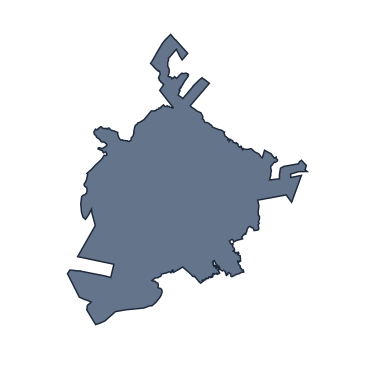 outline of Ixtapa, Chiapas, Mexico, rotated 192°
{"feature_id": "50627088B8199998270425", "entity_name": "Ixtapa", "entity_type": "district", "adm_level": 2, "iso_a3": "MEX", "parent_name": "Mexico", "parent_adm1": "Chiapas", "projection": "natural_earth1", "projection_center": [-92.894, 16.808], "detail": "fine", "context": "isolated", "style": "filled", "palette": "slate", "viewbox_px": 384, "rotation_deg": 192, "n_neighbors": 0, "source": "geoboundaries", "source_scale": "gbopen_adm2", "svg_char_len": 6119}
<svg xmlns="http://www.w3.org/2000/svg" viewBox="0 0 384 384"><g transform="rotate(192 192 192)"><path d="M245.6,341.7L249.6,335.6L251.7,331.6L255.0,322.0L258.3,311.4L259.3,309.1L257.7,308.2L253.0,304.8L250.1,303.2L249.6,303.6L248.6,302.9L247.8,301.2L247.7,300.2L248.5,296.9L248.3,296.4L247.5,295.7L247.5,295.0L246.9,294.3L246.0,293.9L245.1,292.9L243.3,292.3L243.0,291.6L242.0,291.1L244.7,284.7L227.9,270.6L228.0,270.4L228.9,270.0L229.7,270.4L231.6,270.4L232.2,271.0L233.6,270.5L234.1,271.1L235.9,270.0L236.5,270.1L238.0,271.3L240.1,268.5L240.2,267.9L240.6,267.4L241.7,267.4L241.7,266.7L242.3,266.0L243.8,265.2L244.3,264.2L245.8,263.4L248.5,262.9L248.8,262.6L254.1,252.6L258.3,248.8L259.6,248.1L259.8,246.8L261.3,245.4L261.5,243.4L261.5,239.3L261.2,237.5L261.3,234.8L262.7,232.1L262.4,230.4L262.6,229.6L264.6,228.3L264.9,228.1L265.9,228.7L269.9,228.1L271.0,228.6L272.2,228.0L273.9,228.9L275.1,230.3L276.7,233.0L277.0,234.8L280.8,235.5L283.7,235.6L284.7,235.9L286.0,237.2L286.6,237.3L287.2,237.2L287.7,235.9L288.3,235.9L289.3,236.4L290.3,236.0L292.5,235.8L293.6,236.2L294.0,236.9L294.8,236.9L296.6,234.8L297.6,233.3L298.1,233.0L299.3,233.5L299.7,233.0L300.4,230.3L299.7,228.4L297.6,227.0L296.7,225.7L293.0,224.2L291.7,222.6L290.7,222.2L288.6,222.5L287.6,222.3L286.2,221.3L285.4,221.2L285.0,220.2L285.2,219.5L287.9,216.6L289.3,215.8L291.9,216.0L292.8,215.7L292.8,214.5L288.4,213.8L286.7,211.9L284.7,213.4L283.5,211.9L282.9,210.7L283.9,209.8L285.6,209.6L287.1,205.3L292.4,197.7L295.0,193.2L298.7,188.3L297.8,187.8L297.7,185.5L297.8,181.4L298.2,179.6L299.0,178.0L299.1,176.6L298.0,175.2L296.6,174.8L296.1,174.3L295.5,173.5L294.9,171.5L295.0,168.9L296.2,167.2L298.1,165.9L298.8,164.7L298.9,163.6L298.3,157.1L295.9,149.3L293.5,144.9L290.5,143.1L288.6,147.6L286.7,154.3L285.5,150.6L279.6,139.1L290.4,105.0L253.4,105.1L253.7,91.5L260.0,91.8L284.6,91.4L285.1,91.7L286.3,91.2L295.2,90.3L296.8,86.2L280.4,65.8L275.7,64.7L269.0,63.8L267.8,63.4L268.7,61.8L270.5,59.8L270.8,58.6L270.4,56.1L270.6,55.0L258.7,42.3L255.0,44.4L250.5,47.6L242.0,59.1L232.0,63.1L214.9,68.5L209.5,72.0L207.5,72.4L204.5,76.4L201.7,81.8L200.8,84.5L200.4,87.4L200.6,88.6L201.2,90.0L202.1,90.8L203.1,91.2L204.9,91.1L205.5,91.4L205.6,94.1L206.5,95.7L208.7,96.3L209.4,97.0L212.3,96.8L212.8,97.1L210.1,100.3L207.3,101.2L206.4,102.3L205.1,103.0L204.7,105.4L201.5,107.0L200.8,107.1L198.2,108.9L197.0,109.3L196.1,108.6L195.5,108.9L195.2,111.2L194.8,111.7L194.4,111.7L194.3,110.8L193.6,109.4L188.7,113.6L185.5,116.7L175.3,111.0L174.2,109.8L172.1,109.6L171.9,110.1L165.9,105.2L165.1,105.2L164.6,104.7L163.4,105.9L163.0,107.1L163.6,107.4L163.1,108.1L162.5,107.1L161.9,107.8L162.2,108.1L161.6,108.7L160.7,108.9L160.9,109.5L160.4,110.3L160.1,109.9L159.5,110.1L159.4,110.5L158.1,110.8L157.8,112.4L157.0,112.1L156.4,112.3L155.7,113.3L155.5,112.4L154.2,113.1L154.2,113.8L154.6,114.4L154.3,114.8L154.5,115.5L154.1,115.3L153.2,116.0L153.0,116.3L153.5,116.7L151.1,116.9L151.2,117.6L150.8,117.7L149.9,116.9L148.1,118.2L148.2,118.7L150.6,121.2L150.4,121.5L149.8,121.1L149.4,122.0L149.9,122.2L150.5,123.3L152.0,123.9L152.4,122.3L152.6,122.4L152.3,123.0L153.0,122.9L153.5,123.4L153.0,124.5L154.0,124.9L154.4,124.3L154.8,124.7L155.2,123.9L156.1,125.1L156.2,125.7L156.0,126.2L156.6,127.2L157.2,127.2L157.1,127.9L156.5,128.6L156.8,128.9L156.0,129.6L152.9,126.0L149.9,124.6L148.4,122.1L145.8,121.1L144.9,121.9L142.9,121.2L142.5,119.7L141.5,119.0L141.7,118.6L141.1,117.5L140.8,117.5L140.5,118.3L139.8,118.7L140.4,119.7L139.3,120.9L137.0,119.6L136.5,117.8L135.4,117.4L130.7,121.2L129.0,121.8L127.4,123.4L124.7,124.5L125.7,126.4L127.0,126.1L127.9,127.4L128.8,127.6L129.5,129.7L131.2,130.7L132.9,133.6L133.3,134.8L132.6,133.4L132.2,133.3L131.6,134.1L131.2,133.5L130.1,134.6L131.6,139.6L134.2,140.1L134.1,141.1L134.6,141.4L134.1,142.2L133.5,141.5L133.4,141.9L134.2,142.7L134.9,142.2L136.0,142.0L136.8,141.1L137.9,142.5L139.5,142.6L139.1,143.4L138.3,143.8L138.4,144.4L139.3,145.9L140.6,146.8L141.2,148.0L141.0,149.8L141.3,150.1L141.8,150.0L142.6,149.2L143.6,149.8L145.2,151.9L143.3,153.8L142.2,153.9L140.8,151.8L138.4,153.9L132.8,156.7L133.7,157.9L133.8,158.7L132.0,161.7L131.8,161.4L130.5,162.2L130.9,163.4L130.2,164.4L130.4,166.5L129.5,169.5L128.1,170.4L127.4,170.4L126.8,169.6L124.8,169.5L123.2,167.2L120.5,168.1L119.2,169.0L119.1,170.2L120.4,173.4L119.8,175.5L120.9,176.6L120.4,179.2L120.8,181.8L121.1,182.4L122.2,182.9L123.2,186.8L123.7,192.4L126.0,197.7L99.3,208.7L92.4,202.7L88.4,231.0L98.4,226.7L99.3,230.0L92.1,234.0L83.6,236.0L86.0,237.3L85.7,241.8L91.6,245.8L93.2,243.7L93.8,241.7L107.4,236.2L110.4,233.7L110.1,227.4L109.2,223.1L118.7,219.9L118.4,224.2L118.4,225.2L118.9,225.7L118.7,229.0L120.1,232.3L120.3,233.9L119.6,234.5L117.7,238.4L116.6,238.4L115.3,239.7L114.9,240.7L115.2,241.5L116.7,242.2L116.9,243.6L118.8,242.4L122.5,245.8L129.7,247.9L130.3,240.1L131.4,240.3L133.8,242.6L135.0,243.3L139.1,244.3L143.1,246.7L146.7,245.1L150.6,244.8L151.0,245.2L151.2,244.9L150.9,244.2L151.1,243.8L151.4,243.8L152.5,245.1L153.2,246.9L153.9,246.9L154.5,245.6L154.8,245.7L156.2,246.5L157.2,248.6L158.9,249.3L159.1,248.6L160.4,249.1L162.1,249.2L162.7,250.4L165.3,251.3L165.2,251.0L165.9,249.9L165.9,250.7L166.9,250.4L167.1,251.1L167.5,250.7L167.5,251.3L167.9,251.3L167.8,251.8L171.6,253.9L173.2,257.0L172.8,257.4L176.4,258.6L179.2,258.7L185.3,259.6L186.8,261.3L191.1,263.1L194.0,262.8L195.9,265.4L196.9,265.6L197.2,266.1L197.0,267.5L197.2,268.3L199.8,271.3L203.6,272.1L207.7,274.1L210.0,274.8L211.7,276.0L197.6,301.9L203.8,305.0L204.6,304.9L205.9,305.9L208.2,303.1L212.8,296.2L213.3,294.8L220.4,281.5L221.5,282.2L225.7,283.8L224.8,288.6L225.8,289.2L224.6,291.4L225.1,291.4L223.8,294.1L222.4,298.4L219.8,304.6L220.5,305.2L219.8,305.9L220.2,306.4L222.1,307.0L223.1,306.9L223.6,306.5L225.6,305.9L226.6,306.2L228.4,303.7L230.6,299.9L233.0,301.2L234.1,299.3L234.6,299.0L234.4,299.6L235.4,299.0L235.8,299.5L237.5,300.2L237.9,299.9L239.0,299.9L239.5,300.2L239.2,303.9L239.5,306.3L240.3,308.1L241.1,308.8L241.9,310.1L242.7,313.9L242.3,316.2L242.9,317.5L237.0,328.3L232.2,322.3L229.1,319.1L225.0,326.7L239.8,337.5L240.9,337.9L245.6,341.7Z" fill="#64748b" stroke="#1e293b" stroke-width="1.5"/></g></svg>